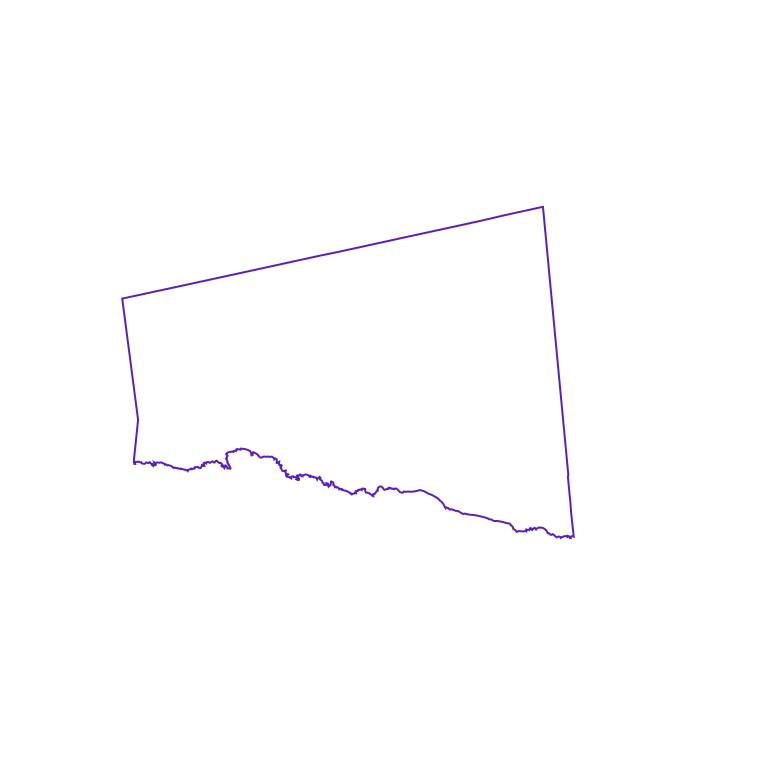 the district of Salega, Satupa'itea, Samoa, rotated 317°
{"feature_id": "51752279B51702151911429", "entity_name": "Salega", "entity_type": "district", "adm_level": 2, "iso_a3": "WSM", "parent_name": "Samoa", "parent_adm1": "Satupa'itea", "projection": "equal_earth", "projection_center": [-172.669, -13.632], "detail": "fine", "context": "isolated", "style": "outline", "palette": "violet", "viewbox_px": 768, "rotation_deg": 317, "n_neighbors": 0, "source": "geoboundaries", "source_scale": "gbopen_adm2", "svg_char_len": 5326}
<svg xmlns="http://www.w3.org/2000/svg" viewBox="0 0 768 768"><g transform="rotate(317 384 384)"><path d="M250.8,143.0L179.7,242.5L148.4,269.8L146.9,272.2L147.4,272.7L148.0,270.8L148.5,270.7L149.6,272.2L151.2,273.0L152.5,275.4L153.1,275.6L152.7,276.8L153.3,277.8L154.6,279.2L156.6,279.2L157.6,281.0L159.3,281.4L159.0,282.3L159.4,283.4L159.1,284.9L159.3,286.1L160.2,285.1L160.6,286.8L161.4,287.4L162.5,284.6L163.0,286.4L163.4,286.0L164.5,286.6L166.1,288.5L167.4,289.2L169.1,292.8L168.7,293.6L169.8,294.2L170.1,295.9L171.1,296.4L172.4,298.8L172.8,300.8L172.8,301.9L173.7,302.1L175.0,304.2L175.8,304.7L176.1,306.0L177.6,307.2L177.5,307.9L178.4,308.4L179.6,310.7L180.4,311.2L180.4,312.2L181.4,312.8L181.2,313.8L182.6,313.3L183.9,314.1L185.3,314.3L185.3,315.3L186.9,315.7L187.2,316.4L187.9,316.6L189.0,315.8L190.7,317.4L191.4,317.6L191.4,318.9L192.0,320.1L192.7,320.4L193.4,320.0L194.7,319.9L195.7,319.1L196.0,319.5L195.9,320.6L196.8,321.4L197.5,319.4L198.1,318.9L199.1,319.0L199.8,319.7L199.7,320.8L201.2,320.4L202.3,321.2L202.8,322.9L203.7,323.0L205.8,323.7L206.2,325.6L206.7,325.9L208.4,325.5L209.4,326.1L209.4,327.8L209.8,329.7L210.9,330.3L210.8,332.2L209.3,333.0L209.3,333.7L210.7,333.6L210.7,334.5L210.0,334.6L209.9,336.7L211.6,336.2L212.4,335.4L212.9,336.2L212.3,338.9L212.0,339.1L214.0,341.1L214.5,340.8L214.4,339.9L214.9,339.4L215.2,337.3L215.7,336.9L215.5,336.1L215.8,334.6L216.6,334.3L217.6,330.9L218.3,331.2L219.6,329.9L220.6,329.9L220.9,328.9L220.6,327.8L221.4,327.3L223.7,327.9L226.8,329.7L227.6,331.1L228.4,330.5L229.9,331.4L230.1,332.1L230.8,332.0L231.5,331.2L232.3,331.4L232.9,332.5L233.5,332.9L234.3,334.2L235.3,333.7L237.6,336.3L239.2,338.9L240.4,341.7L239.9,343.3L238.4,345.9L239.4,346.4L240.3,345.5L240.6,344.5L241.9,344.7L243.3,348.7L243.4,351.0L243.1,352.3L243.7,353.8L244.8,354.6L245.9,354.7L247.1,355.5L247.5,356.2L249.7,358.0L250.9,359.6L251.8,360.0L252.6,361.0L252.9,363.2L252.4,364.2L253.6,364.1L254.2,365.9L251.7,368.6L252.1,369.0L253.2,369.0L254.3,369.4L253.0,370.3L252.2,371.9L252.4,372.9L253.5,373.0L253.6,373.8L252.0,374.6L251.3,374.6L250.5,378.4L251.8,379.6L253.2,380.2L253.1,380.6L251.8,380.5L251.7,381.7L250.6,383.4L251.2,384.2L252.3,384.4L252.3,384.9L250.5,384.4L249.8,384.5L249.7,385.4L250.3,386.6L251.2,387.4L251.8,389.8L253.2,388.6L254.2,389.1L254.7,390.0L254.4,390.6L255.5,391.4L256.3,393.3L256.1,394.5L255.0,394.1L255.3,395.2L256.3,396.1L257.2,395.4L257.2,394.6L258.0,393.4L257.3,393.2L257.8,391.7L258.6,391.8L258.8,392.6L260.0,393.1L260.8,392.9L261.4,394.4L260.8,395.0L261.3,395.7L261.7,394.8L262.9,395.9L264.8,396.5L266.1,398.2L266.6,400.0L266.2,401.1L266.7,401.7L267.7,401.1L268.2,402.9L268.8,403.3L268.8,404.1L269.4,404.2L269.9,405.5L270.7,406.4L270.0,408.3L271.2,407.8L273.5,408.0L273.5,409.5L272.3,409.9L272.1,410.3L272.7,412.3L271.7,414.2L272.3,415.4L271.6,416.2L271.4,417.2L273.4,418.8L273.6,417.8L274.2,417.2L275.1,418.5L275.0,419.3L274.1,419.7L273.5,421.2L274.4,421.1L275.5,421.6L277.5,420.4L278.5,419.2L279.0,419.3L279.7,421.1L279.4,422.1L278.1,423.1L278.5,424.1L277.6,426.0L278.9,426.4L279.0,427.7L279.6,427.9L279.8,429.2L279.4,430.4L280.1,430.4L280.9,431.3L280.7,432.1L281.2,432.9L281.6,432.6L282.2,434.9L283.4,436.0L283.5,436.7L284.1,437.9L284.3,438.9L285.2,440.6L284.7,441.7L285.1,442.8L285.9,442.7L287.6,443.8L288.1,443.7L289.1,444.9L290.0,443.0L290.6,443.1L291.8,444.3L292.2,443.8L293.2,443.9L293.5,444.5L294.6,444.9L295.3,446.3L296.0,445.5L297.2,445.9L297.7,447.1L298.4,447.4L298.6,448.1L297.3,449.4L296.7,451.0L297.5,451.7L298.3,453.5L298.9,454.0L298.8,454.9L299.2,456.2L299.1,457.3L299.7,458.8L300.9,457.3L302.6,458.1L303.4,457.6L304.7,457.7L305.8,457.1L306.7,457.8L307.8,456.4L309.0,455.9L311.1,456.1L312.2,457.4L312.3,459.2L311.9,460.8L312.4,461.9L314.4,462.7L315.4,463.7L316.4,463.0L317.1,463.5L317.3,464.5L317.9,464.7L318.4,466.2L318.8,466.2L319.9,468.0L320.8,467.9L321.7,469.0L322.0,470.2L321.9,473.9L322.8,475.5L323.9,476.4L325.0,476.1L326.5,477.7L327.7,478.6L330.9,481.8L333.6,483.7L335.6,484.9L337.0,485.4L338.6,487.0L340.1,489.6L340.7,491.2L341.8,494.8L343.1,497.2L343.8,499.1L345.0,503.0L345.4,505.3L345.4,507.4L345.8,510.0L345.6,512.2L344.7,515.2L344.3,517.0L345.4,516.8L346.3,518.4L346.4,520.6L347.9,521.6L349.0,523.7L349.9,525.5L351.6,527.5L352.2,530.0L353.3,533.2L354.5,533.7L357.6,538.1L361.3,542.3L363.5,545.3L365.9,549.1L367.1,550.9L368.6,553.9L368.4,554.3L370.3,556.6L370.5,558.3L371.2,559.4L373.6,561.6L376.7,565.8L378.7,569.2L380.4,571.3L380.9,572.7L380.5,573.3L380.7,576.6L379.7,578.1L380.3,580.1L380.2,582.7L382.3,583.4L385.6,587.2L387.2,587.7L387.6,588.8L388.9,587.5L389.5,588.7L390.7,589.3L390.7,589.9L392.7,589.1L393.1,589.5L392.4,590.6L392.9,591.8L393.7,591.2L394.2,591.8L395.0,591.8L396.1,591.9L396.0,594.0L396.8,593.7L398.0,594.3L399.1,594.4L399.9,595.1L401.3,596.6L402.2,598.0L402.6,599.8L402.8,601.8L402.4,604.0L401.9,604.8L403.0,606.1L403.0,607.8L403.8,608.7L404.9,608.8L405.4,610.1L405.4,612.4L405.7,614.0L407.9,614.8L408.7,616.4L408.4,617.2L410.7,617.6L411.1,618.1L412.6,618.5L413.5,619.7L413.8,620.9L414.7,620.2L415.5,621.8L414.9,623.4L415.4,624.0L415.8,623.4L417.3,623.2L418.3,624.1L418.7,625.0L432.8,606.1L438.6,598.9L455.2,577.3L457.1,575.8L621.1,362.8L598.3,349.3L585.2,341.6L565.0,330.0L500.4,291.6L437.5,254.3L424.6,246.4L401.9,232.9L358.2,207.0L280.6,160.8L250.8,143.0Z" fill="none" stroke="#5b21b6" stroke-width="2"/></g></svg>